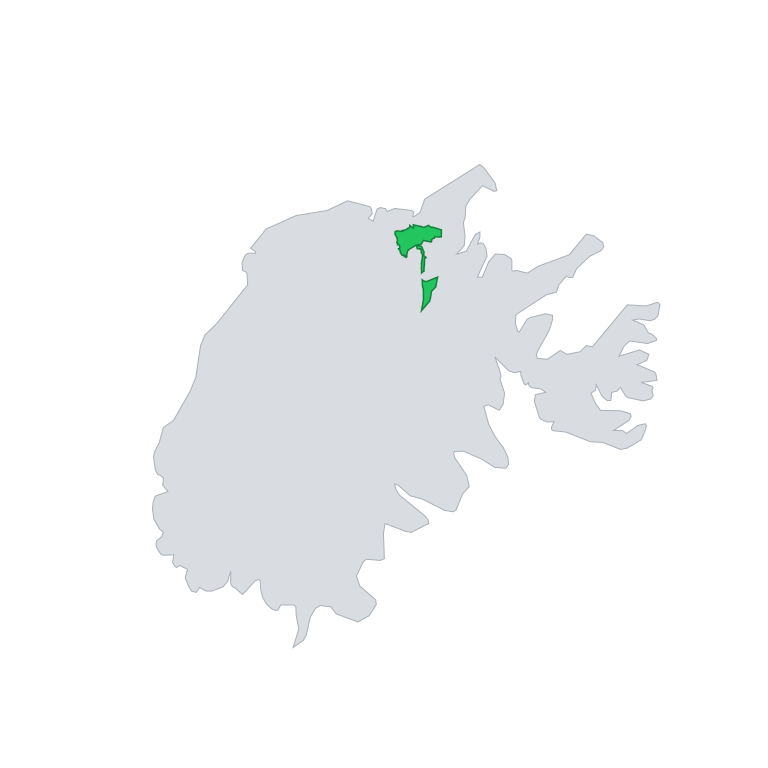 Grímsnes- og Grafningshreppur, Suðurland, Iceland (highlighted), rotated 150°
{"feature_id": "244011B74100778143587", "entity_name": "Grímsnes- og Grafningshreppur", "entity_type": "district", "adm_level": 2, "iso_a3": "ISL", "parent_name": "Iceland", "parent_adm1": "Suðurland", "projection": "albers", "projection_center": [-20.782, 64.303], "detail": "fine", "context": "in_parent", "style": "filled", "palette": "green", "viewbox_px": 768, "rotation_deg": 150, "n_neighbors": 0, "source": "geoboundaries", "source_scale": "gbopen_adm2", "svg_char_len": 8047}
<svg xmlns="http://www.w3.org/2000/svg" viewBox="0 0 768 768"><g transform="rotate(150 384 384)"><path d="M549.9,224.0L555.6,224.0L564.4,219.0L576.6,205.6L581.9,202.4L594.5,201.2L580.2,214.5L575.6,227.9L571.9,234.7L572.2,237.5L583.9,244.3L588.9,241.3L591.3,242.1L593.8,245.6L595.9,252.8L595.7,260.5L593.2,268.5L589.5,275.3L590.3,277.3L593.9,278.0L611.8,272.4L614.8,281.5L616.7,284.5L616.5,287.7L610.3,298.5L618.2,291.3L624.8,288.8L636.8,290.8L641.9,293.9L645.4,300.0L650.9,297.4L654.0,300.8L654.5,304.6L653.1,315.6L646.8,321.8L651.8,329.1L655.3,328.8L656.2,330.5L656.3,335.2L651.5,341.2L661.1,346.2L662.4,348.3L662.7,355.2L661.6,359.3L659.2,361.9L652.8,363.0L649.1,366.0L650.9,370.1L650.9,381.8L646.8,391.9L642.6,397.5L638.2,401.3L624.9,398.9L626.2,407.1L622.0,412.7L623.4,416.8L625.2,418.8L624.9,424.3L620.1,436.1L616.2,440.2L608.1,445.4L596.8,456.7L584.5,457.7L555.1,474.9L543.7,483.8L523.6,509.0L514.8,515.9L499.2,519.8L452.5,538.0L447.6,547.6L447.4,549.6L449.7,553.1L446.4,559.9L439.4,565.1L435.9,565.1L429.8,561.4L429.2,563.3L431.7,568.2L408.5,577.2L375.8,573.8L346.8,562.8L323.9,560.8L307.7,544.8L307.3,542.3L309.0,537.4L314.8,535.3L312.0,530.4L302.4,539.0L299.2,538.7L295.1,535.3L295.0,531.9L286.9,530.6L273.1,520.3L272.1,518.0L275.4,514.7L274.8,514.0L267.2,514.5L256.3,523.8L191.4,526.2L189.4,521.2L187.3,502.7L189.7,495.0L192.4,495.8L199.6,506.5L217.0,501.1L224.1,497.3L230.7,487.4L234.5,484.2L239.9,471.5L245.3,463.7L256.2,460.2L246.5,457.8L230.3,467.8L224.9,467.7L227.5,463.2L233.1,458.3L229.3,457.9L227.9,455.6L227.8,450.9L230.8,443.2L249.8,429.9L245.5,427.3L232.2,437.5L222.6,440.9L215.0,436.0L211.4,429.5L211.7,426.7L216.4,418.6L215.7,417.0L212.7,416.2L204.5,408.4L191.3,408.8L158.9,403.3L133.9,412.6L128.3,407.6L123.9,397.0L125.1,393.0L129.5,390.9L141.5,391.8L159.3,387.7L167.5,381.9L170.5,383.6L171.9,386.5L182.9,382.4L188.8,377.3L198.4,380.1L235.0,378.1L239.8,371.2L241.8,363.0L241.0,361.3L227.5,368.6L224.5,368.5L209.1,364.1L203.7,359.3L205.6,355.7L213.9,348.0L235.0,335.3L237.9,332.6L238.2,329.5L230.2,323.7L214.6,324.9L210.8,318.2L198.1,313.9L189.5,316.1L185.1,311.9L133.7,330.9L117.8,320.4L106.2,318.1L105.3,315.0L112.7,306.1L117.4,304.7L122.0,305.8L130.6,312.8L136.7,315.1L129.4,305.2L129.5,296.1L127.3,293.6L125.2,287.4L126.3,285.5L135.4,287.2L149.6,298.4L156.9,296.9L166.6,290.5L145.7,285.8L139.7,277.2L144.5,273.1L155.3,274.2L143.9,259.4L143.5,256.8L145.8,250.6L160.5,256.8L153.0,248.0L152.8,246.1L155.2,244.7L156.6,239.5L160.4,237.6L167.9,239.7L179.2,249.9L180.8,252.7L180.9,262.7L185.6,261.3L191.1,262.9L195.8,256.3L198.9,257.9L201.3,264.1L200.6,277.3L203.9,272.8L209.4,272.6L210.5,261.7L209.7,252.9L192.2,242.3L185.4,234.7L186.3,232.2L189.8,230.1L208.4,228.9L200.6,224.3L198.8,219.9L184.7,221.1L177.7,219.0L177.6,216.8L180.5,213.6L189.2,207.0L205.4,206.9L211.8,209.0L224.0,224.3L233.9,230.6L250.4,251.3L261.1,259.2L261.6,261.2L259.8,263.5L255.6,266.2L262.0,269.8L265.9,275.2L266.1,277.5L262.4,293.9L258.2,299.1L248.1,295.9L250.5,301.2L257.7,306.8L259.3,310.0L258.2,313.0L261.6,312.1L262.7,313.8L261.0,323.2L259.2,326.5L265.2,328.5L269.4,333.1L274.4,352.0L277.2,337.5L278.7,332.2L281.2,330.3L284.2,315.6L291.0,306.9L297.3,303.6L304.0,313.8L308.7,314.8L313.5,296.7L314.1,283.4L312.5,268.8L313.3,258.4L316.4,252.1L320.6,250.1L329.6,256.2L337.4,270.7L348.9,286.3L356.9,290.1L358.3,289.6L359.6,284.4L358.1,263.6L361.5,252.5L370.7,249.6L384.4,239.0L387.7,238.6L394.7,244.2L407.9,264.7L417.2,274.1L422.4,289.4L424.7,292.2L426.4,287.3L426.3,280.4L414.3,248.7L413.9,244.4L414.8,240.9L434.2,241.8L438.6,245.1L452.9,262.7L459.1,255.0L471.0,232.6L475.5,233.1L487.1,241.2L491.4,240.1L503.9,231.4L506.0,221.2L499.1,201.1L501.1,196.7L512.7,190.8L525.5,190.9L540.3,208.8L541.5,217.6L549.9,224.0Z" fill="#d9dde1" stroke="#a8b0b8" stroke-width="1"/><path d="M257.2,488.8L263.6,495.6L264.9,496.2L266.3,499.3L268.8,499.3L271.8,500.0L272.6,501.5L273.3,501.8L274.6,503.3L275.8,504.0L276.9,505.3L279.0,507.2L280.1,504.6L280.5,504.4L281.8,506.7L281.8,507.1L281.9,507.3L282.0,507.5L282.4,508.4L282.6,508.0L282.9,507.6L283.4,507.1L283.7,506.7L284.8,506.7L285.1,506.8L285.4,506.8L285.5,506.8L285.8,506.9L286.2,506.8L286.5,506.8L286.6,506.7L288.4,506.7L288.5,506.8L289.2,507.0L289.4,507.1L289.6,507.2L289.8,507.3L290.4,507.2L290.5,507.2L290.7,506.9L290.8,506.8L291.1,506.8L291.3,506.8L291.4,507.0L291.4,507.5L291.5,507.8L291.8,508.1L292.0,508.1L292.5,507.6L292.8,507.6L293.0,507.6L293.3,507.8L293.7,508.2L294.0,508.4L294.2,508.6L294.6,508.9L294.7,509.0L294.9,509.3L295.0,509.3L295.5,509.6L295.8,509.9L296.0,510.1L297.0,510.2L297.6,510.4L297.8,510.4L298.1,510.4L298.3,510.2L298.5,509.8L298.6,509.7L299.0,509.4L299.1,509.2L299.3,508.5L299.4,508.4L299.5,508.2L299.7,507.9L299.7,507.7L299.4,507.0L299.3,506.8L299.3,506.7L299.4,506.3L299.5,506.1L299.6,505.8L299.7,505.6L299.7,505.3L299.6,503.9L299.7,503.7L299.8,503.6L300.0,503.5L300.0,503.4L300.1,503.2L300.2,502.4L300.3,502.1L300.4,501.9L300.5,501.7L300.9,501.4L301.4,500.8L302.0,500.4L302.2,500.1L302.2,499.9L302.3,499.7L302.2,499.5L302.1,499.0L302.0,498.6L302.0,498.2L302.1,497.9L302.3,497.8L302.0,497.7L301.8,497.5L301.6,497.2L301.4,496.3L301.4,496.1L301.5,495.9L301.6,495.4L301.7,495.2L301.8,494.8L301.9,494.6L302.1,494.2L302.3,493.9L302.4,493.7L302.6,493.6L302.8,493.5L303.1,493.6L303.5,493.7L303.6,493.8L303.8,493.9L303.9,493.6L303.9,493.3L303.9,493.2L303.5,492.9L303.4,492.7L303.3,492.4L303.3,492.1L303.1,491.6L303.1,491.4L303.2,491.2L303.3,491.2L303.5,491.2L303.8,490.8L303.7,490.7L303.6,490.4L303.8,490.0L303.9,489.8L303.9,489.5L304.2,489.2L304.1,488.9L304.1,488.7L304.0,488.4L303.9,488.3L304.0,488.0L304.1,487.9L304.1,487.7L304.1,487.4L304.0,487.2L304.0,486.9L303.9,486.9L303.8,486.7L303.7,486.2L303.4,486.1L303.1,486.2L302.9,486.1L302.8,485.9L302.9,485.7L302.8,485.4L302.7,485.2L302.4,485.1L302.4,484.9L302.5,484.8L302.6,484.6L302.1,484.7L301.8,484.7L301.7,484.7L301.9,484.5L301.9,484.4L301.8,484.2L301.7,484.1L301.7,483.8L301.7,483.7L302.0,483.6L302.0,483.4L301.9,483.2L301.8,482.9L301.8,482.7L301.5,482.6L301.4,482.6L301.2,482.5L300.7,482.7L300.4,483.0L300.1,483.6L299.9,484.2L299.7,484.6L296.5,487.9L296.5,488.0L296.4,488.0L296.3,487.9L296.2,487.9L296.3,487.7L296.2,487.7L295.9,487.6L295.6,487.7L295.5,487.9L295.4,488.0L295.2,487.9L294.9,488.0L294.7,488.1L294.4,488.1L294.2,488.1L286.5,488.1L281.7,486.4L280.7,487.1L278.1,488.6L272.8,483.9L272.6,483.6L272.3,483.5L272.0,483.5L271.7,483.5L271.2,483.9L271.1,484.2L271.0,484.5L271.0,484.8L271.0,485.1L270.9,485.1L270.7,485.2L269.8,485.3L268.3,485.5L268.1,485.4L268.1,485.6L267.9,485.6L267.7,485.5L267.4,485.4L267.2,485.3L266.3,486.1L262.8,483.7L260.8,482.8L257.2,488.8ZM284.1,449.8L295.6,451.3L296.2,451.7L296.7,452.0L297.1,452.4L297.6,452.9L297.9,453.3L298.3,453.9L298.6,454.5L298.8,455.1L301.6,449.9L301.9,448.8L302.0,448.7L302.1,448.1L302.2,447.5L302.4,446.7L303.0,445.6L307.6,437.4L314.8,428.8L303.1,432.9L300.4,435.7L296.6,440.5L290.6,442.2L287.7,445.7L284.1,449.8ZM286.5,488.1L287.6,484.5L284.4,482.7L284.6,482.5L284.7,482.2L284.9,482.2L284.7,482.0L284.7,481.9L284.8,481.5L285.0,481.4L285.1,481.0L285.2,480.7L285.3,480.3L285.5,480.0L285.6,479.9L285.8,479.6L285.9,479.4L286.0,479.3L286.0,479.2L286.0,478.9L286.0,476.9L286.4,476.4L286.4,476.2L286.5,475.8L288.9,472.6L289.6,472.0L289.8,471.8L289.8,471.7L290.1,471.1L290.3,470.7L290.5,470.5L290.6,470.4L290.8,470.2L291.2,469.9L291.5,469.6L291.6,469.4L291.7,468.8L291.8,468.5L292.1,468.1L292.2,467.7L292.5,467.3L292.7,467.1L292.8,467.0L292.9,466.8L293.1,466.6L293.4,466.2L293.6,465.9L293.7,465.5L295.9,461.4L295.2,461.6L294.5,461.7L293.7,461.8L293.4,461.7L292.9,461.7L292.6,462.6L292.1,463.1L291.7,463.7L291.4,464.4L291.0,465.0L290.9,465.1L290.6,465.6L290.4,465.9L290.0,466.1L289.8,466.4L289.6,466.8L289.5,467.0L289.4,467.1L289.1,467.5L288.8,467.9L288.7,468.1L288.6,468.3L288.2,468.9L286.7,471.4L286.6,472.0L286.3,472.2L286.0,472.4L285.3,472.8L285.2,472.8L285.0,472.7L285.0,472.4L284.9,472.3L284.6,472.3L284.4,472.3L284.3,472.5L284.8,474.2L285.8,475.1L284.9,476.1L283.9,477.5L283.2,478.8L283.3,479.5L282.6,484.3L286.5,488.1Z" fill="#22c55e" stroke="#15803d" stroke-width="1.5"/></g></svg>